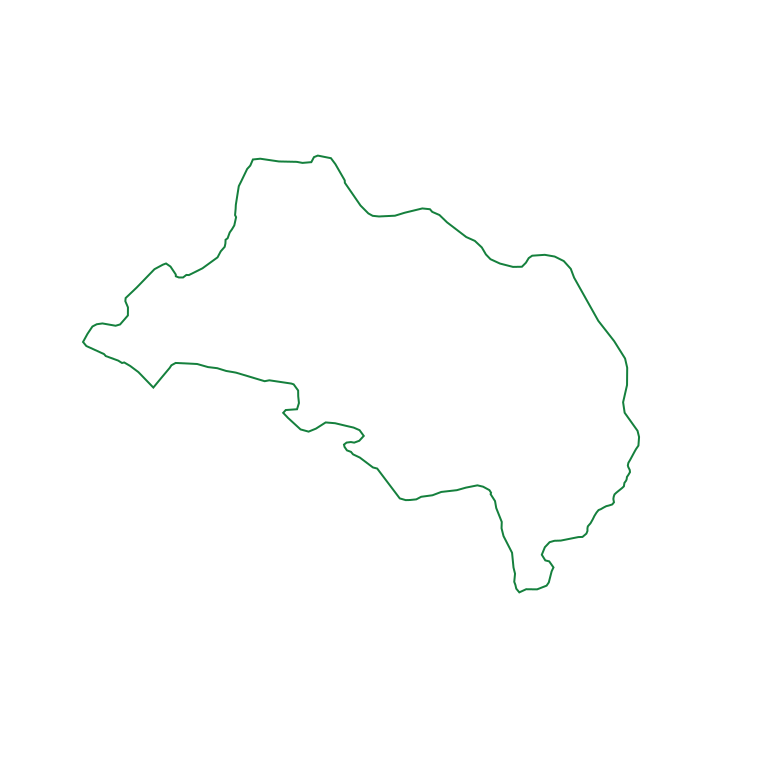 the district of Tejutla, San Marcos, Guatemala, rotated 324°
{"feature_id": "79465075B17053106613054", "entity_name": "Tejutla", "entity_type": "district", "adm_level": 2, "iso_a3": "GTM", "parent_name": "Guatemala", "parent_adm1": "San Marcos", "projection": "albers", "projection_center": [-91.837, 15.154], "detail": "fine", "context": "isolated", "style": "outline", "palette": "green", "viewbox_px": 768, "rotation_deg": 324, "n_neighbors": 0, "source": "geoboundaries", "source_scale": "gbopen_adm2", "svg_char_len": 2926}
<svg xmlns="http://www.w3.org/2000/svg" viewBox="0 0 768 768"><g transform="rotate(324 384 384)"><path d="M523.9,269.6L518.2,264.5L501.4,257.6L491.8,254.3L478.4,245.5L473.7,241.3L471.6,236.8L469.9,225.8L470.6,198.2L471.9,196.2L473.9,177.6L473.8,170.1L472.0,168.2L466.1,161.8L464.7,160.3L460.7,159.3L455.6,161.8L448.0,157.2L444.0,153.0L429.8,142.2L416.3,129.0L409.9,125.3L404.2,128.7L399.7,129.6L387.8,136.0L382.8,138.6L369.4,152.0L367.0,155.0L362.8,159.8L362.4,162.1L356.1,167.7L351.9,169.5L348.3,170.7L343.1,174.2L340.6,174.2L338.2,177.2L335.7,179.4L329.9,180.7L323.8,183.7L305.1,183.7L290.2,181.2L288.2,179.6L284.1,179.7L280.7,177.3L278.9,174.5L279.9,173.0L280.3,163.5L278.5,158.4L275.3,157.5L265.8,156.2L240.6,160.6L225.5,162.6L223.4,165.0L221.9,171.5L217.1,178.0L205.5,180.7L201.1,179.1L191.8,169.5L186.7,166.8L181.9,166.1L173.7,169.1L165.2,173.1L165.5,178.3L175.1,195.3L175.3,197.8L182.7,208.8L184.4,213.0L186.5,213.9L189.3,220.3L192.3,230.0L195.3,251.3L207.3,248.2L220.1,245.0L223.0,243.9L227.8,244.5L235.7,250.8L244.6,258.0L251.6,266.9L258.4,273.2L264.0,280.7L269.3,286.1L271.0,287.9L289.1,311.6L293.4,313.6L309.3,329.2L310.7,331.2L310.7,338.8L307.4,343.5L304.0,349.4L298.8,353.3L289.2,347.3L285.5,348.1L286.4,355.0L289.8,371.7L295.0,378.2L302.7,380.1L314.2,380.8L321.4,387.0L329.1,396.0L333.8,401.4L337.1,407.0L337.1,414.1L330.6,415.4L325.4,413.9L323.1,411.5L319.3,409.4L316.0,409.5L315.1,411.7L315.0,415.9L317.4,419.5L317.6,422.7L321.2,429.3L326.0,445.0L328.8,448.4L329.5,485.8L333.3,490.7L336.8,493.1L342.3,496.3L347.8,497.1L357.8,502.5L366.9,505.0L380.5,512.7L389.4,516.0L400.0,520.9L403.8,525.3L406.9,531.8L406.7,534.9L405.5,535.8L405.0,544.0L401.9,550.3L398.2,564.8L394.3,569.8L391.3,577.3L388.4,595.8L380.9,608.6L378.5,614.5L373.1,620.6L372.2,623.8L370.7,627.3L371.0,632.1L378.4,633.6L387.1,640.1L397.0,642.7L400.7,641.4L409.5,634.1L413.3,632.0L413.4,624.6L410.8,621.5L411.3,614.9L418.2,610.6L425.0,609.3L429.7,611.0L435.0,614.6L451.3,622.1L454.7,624.4L459.8,624.0L462.2,622.5L463.8,620.3L465.2,619.0L467.2,618.5L469.1,618.1L472.0,616.8L473.7,616.0L476.7,614.4L480.4,612.9L483.5,612.1L485.8,612.7L487.8,612.9L489.6,613.1L492.1,613.5L494.0,614.3L495.7,614.9L497.9,615.6L500.5,614.9L501.2,613.4L502.0,611.8L503.6,610.2L505.6,608.8L508.0,608.5L509.6,608.4L513.5,608.2L515.5,608.1L517.9,607.8L519.0,606.7L520.4,605.3L523.0,604.5L524.3,603.7L525.9,602.0L528.2,601.2L529.6,600.6L531.2,599.9L532.3,597.9L532.8,594.8L533.4,593.2L535.4,591.4L538.0,590.3L539.5,589.6L547.4,585.8L549.6,584.8L553.6,583.4L559.2,576.8L561.6,570.9L561.8,548.7L566.7,539.3L570.4,536.1L580.0,527.7L590.3,513.8L594.0,505.1L595.4,484.6L594.5,458.8L600.3,409.7L602.8,400.6L601.7,390.2L597.0,381.2L590.0,374.0L579.3,367.3L575.1,367.2L570.1,369.3L564.5,370.2L557.2,365.1L548.6,354.7L543.5,345.6L542.6,339.1L543.4,331.0L541.6,321.6L536.9,313.4L530.0,290.2L528.2,279.9L524.2,273.1L523.9,269.6Z" fill="none" stroke="#15803d" stroke-width="2"/></g></svg>